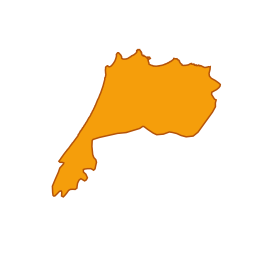 outline of Piriápolis, Maldonado, Uruguay, rotated 130°
{"feature_id": "84410073B95190776679231", "entity_name": "Piriápolis", "entity_type": "district", "adm_level": 2, "iso_a3": "URY", "parent_name": "Uruguay", "parent_adm1": "Maldonado", "projection": "mercator", "projection_center": [-55.248, -34.845], "detail": "fine", "context": "isolated", "style": "filled", "palette": "amber", "viewbox_px": 256, "rotation_deg": 130, "n_neighbors": 0, "source": "geoboundaries", "source_scale": "gbopen_adm2", "svg_char_len": 5266}
<svg xmlns="http://www.w3.org/2000/svg" viewBox="0 0 256 256"><g transform="rotate(130 128 128)"><path d="M28.2,104.4L28.6,104.6L29.1,105.5L29.5,105.9L30.3,106.3L30.7,106.7L31.2,107.1L31.5,107.2L32.0,107.9L32.4,108.3L32.6,108.6L32.6,108.9L32.9,109.9L32.9,110.2L33.1,110.5L33.2,111.4L33.4,111.8L33.4,112.1L33.9,112.6L33.9,112.9L33.9,113.0L34.1,113.0L34.3,113.1L34.5,113.2L34.6,113.4L34.6,113.6L34.4,114.3L34.5,114.4L34.6,114.5L34.8,114.7L35.2,114.7L35.7,115.0L36.0,115.4L36.2,115.7L36.1,115.9L36.2,116.1L35.9,116.4L36.1,116.6L36.5,116.5L36.9,116.9L37.2,117.5L37.1,117.9L36.8,117.9L36.6,118.3L36.7,118.7L37.0,118.8L37.2,119.0L37.5,119.5L38.0,119.8L38.1,120.1L38.1,120.6L37.9,120.8L38.1,120.9L38.2,121.2L39.3,121.8L39.7,121.9L40.5,122.2L41.0,122.5L41.3,122.8L41.7,123.0L42.4,123.7L42.9,124.0L43.3,124.6L44.2,125.4L44.8,126.3L44.9,126.5L45.1,126.8L45.1,127.1L44.7,127.4L44.6,128.0L44.8,129.1L44.1,131.3L43.7,131.5L43.4,132.8L43.7,133.7L43.5,134.5L43.5,135.1L44.0,135.4L44.2,135.9L44.5,136.1L44.6,136.3L45.0,137.0L45.1,137.7L44.8,138.1L45.7,137.4L46.2,137.3L49.2,137.9L49.7,138.0L49.9,138.2L49.9,138.4L50.2,138.5L50.9,138.6L52.1,138.9L52.8,139.3L52.7,139.4L53.3,139.6L54.0,139.9L54.2,140.0L54.8,140.3L55.4,140.5L55.6,140.7L55.5,140.8L56.4,141.2L56.9,141.5L57.7,142.0L58.1,142.3L58.9,142.9L59.4,143.4L59.5,143.5L60.5,144.1L61.3,144.9L61.2,144.9L61.9,145.5L62.4,146.0L62.8,146.4L63.0,146.7L63.0,146.8L63.7,147.7L64.0,148.0L63.9,148.1L64.4,148.9L64.6,149.4L64.5,149.5L65.0,150.4L65.6,152.8L64.9,153.7L64.7,153.8L64.6,154.1L64.3,154.6L63.2,156.2L61.3,156.1L61.2,156.1L62.4,156.3L62.3,156.7L62.2,156.7L62.2,157.4L62.3,157.4L62.2,158.4L61.7,158.6L61.4,158.4L60.9,157.8L60.4,157.3L60.1,157.0L60.1,156.9L60.4,156.0L60.5,155.8L60.6,155.7L60.4,155.6L60.2,156.1L60.0,156.7L59.9,157.0L60.0,157.2L60.9,158.3L61.0,158.5L61.3,158.7L61.4,158.8L62.0,159.2L62.1,159.3L62.1,160.5L62.2,161.0L62.4,161.3L62.6,161.6L62.7,161.8L62.8,162.1L62.7,162.5L62.3,162.6L62.4,162.9L62.6,163.1L63.0,163.1L63.1,163.3L62.9,163.6L62.9,163.9L63.0,164.1L63.0,164.3L63.0,164.5L62.7,164.7L62.5,165.0L62.4,165.2L62.2,165.4L62.2,165.5L61.9,165.6L61.8,165.9L61.6,166.0L61.4,166.5L61.3,166.9L61.2,167.0L61.4,167.2L61.4,167.3L61.2,167.5L61.1,167.9L60.8,168.2L60.8,168.5L60.8,169.1L60.5,169.5L60.8,169.7L61.0,169.9L61.0,170.1L61.2,170.3L61.4,170.3L61.4,170.5L61.5,170.8L62.0,170.9L62.5,170.8L62.7,170.6L62.8,170.6L63.0,170.9L63.1,171.1L63.3,171.0L63.7,170.6L64.0,170.4L64.1,170.1L65.2,170.0L65.5,170.1L66.5,170.2L66.8,170.3L67.0,170.3L68.1,170.5L68.4,170.7L69.2,170.9L69.5,171.2L69.8,171.3L70.5,171.6L70.8,171.7L71.1,171.7L71.3,171.6L71.7,171.8L71.8,171.8L72.1,171.9L72.4,172.1L72.9,172.3L74.5,172.7L74.9,172.9L75.5,173.3L76.2,173.7L77.0,174.5L77.5,175.0L77.7,175.3L78.1,175.7L78.3,176.1L78.6,176.8L78.6,177.2L78.6,177.6L78.3,178.0L77.9,178.3L77.6,178.6L77.0,179.9L77.0,180.4L76.7,180.7L76.8,181.1L76.6,181.5L76.7,182.3L76.5,182.6L76.6,182.8L76.4,183.6L77.0,184.3L77.9,184.3L79.1,184.2L79.7,183.6L80.0,183.4L80.3,183.1L80.6,182.9L81.1,182.7L82.1,182.2L83.6,181.6L85.2,181.1L86.5,180.9L88.2,180.7L89.6,180.7L91.0,180.7L91.9,181.0L92.7,181.3L93.2,181.7L93.5,182.4L93.4,183.4L93.7,183.9L94.3,183.9L95.0,184.2L95.7,184.2L96.3,183.9L96.8,183.4L98.1,182.6L98.7,182.0L100.5,180.3L100.8,179.9L101.2,179.4L101.8,179.0L102.8,178.5L103.7,177.9L104.4,178.0L104.9,177.7L105.7,177.0L107.6,176.1L112.1,174.0L118.6,171.5L121.0,170.8L123.2,170.0L124.6,169.6L125.5,169.5L129.2,168.3L131.9,167.4L132.2,167.5L133.0,167.1L135.2,166.6L137.1,166.0L137.6,166.1L139.9,165.4L140.8,165.4L141.7,165.0L143.2,164.7L144.7,164.5L145.1,164.6L145.9,164.4L148.1,164.0L149.8,163.6L150.8,163.6L152.5,163.3L152.8,163.1L153.6,163.2L154.3,163.2L154.7,163.0L156.6,162.7L157.1,162.9L157.3,162.8L157.6,162.7L157.8,162.7L158.4,162.6L158.7,162.5L159.2,162.4L159.4,162.4L159.6,162.5L160.1,162.4L160.4,162.3L160.7,162.4L161.0,162.5L161.4,162.3L161.6,162.3L161.9,162.3L162.9,162.0L164.3,161.8L164.9,161.9L165.2,161.8L165.5,161.5L166.2,161.3L174.4,160.8L174.7,160.8L175.0,160.9L175.4,160.9L175.7,160.9L175.9,160.9L176.1,160.8L176.9,160.6L177.7,160.8L178.0,160.7L181.7,160.4L182.4,160.4L183.1,160.5L183.9,160.4L184.3,160.5L185.6,160.3L186.0,160.4L190.2,160.2L191.7,160.0L192.1,160.1L193.0,159.9L194.2,159.9L195.1,159.7L197.9,159.6L198.0,158.0L196.7,156.5L196.0,154.8L197.1,154.3L202.5,154.5L206.6,152.9L214.2,150.7L221.2,148.5L225.8,144.3L227.8,142.1L227.8,141.0L226.9,140.3L224.0,140.0L220.7,139.8L219.2,138.9L219.6,137.6L222.8,135.2L222.4,133.3L220.5,133.1L217.6,133.1L214.0,133.4L212.1,132.7L210.4,130.9L209.0,129.0L206.9,128.5L205.3,129.6L202.6,131.2L199.4,132.0L197.1,131.5L196.4,127.2L194.6,126.6L192.2,127.1L190.5,130.6L190.4,133.8L188.5,135.5L187.3,134.8L185.2,132.9L182.9,130.2L182.4,127.2L180.5,127.0L177.1,128.8L174.5,130.1L173.0,132.2L172.6,135.2L171.0,138.0L165.3,143.8L160.6,147.4L159.2,147.4L153.7,143.9L138.9,132.6L132.7,126.5L126.1,122.2L120.9,118.8L117.4,117.8L116.6,116.7L116.4,112.1L115.7,105.5L114.7,101.7L109.9,96.9L104.5,93.8L103.0,91.4L100.9,87.1L99.6,82.5L97.4,77.8L92.3,72.9L86.3,71.7L61.6,73.5L55.5,74.7L52.6,77.2L49.8,78.5L50.3,80.3L48.6,85.5L46.8,86.8L44.6,86.0L41.6,84.8L38.7,84.3L36.8,84.4L35.3,85.3L35.2,87.5L35.5,91.6L36.4,96.1L35.9,99.0L34.1,101.0L30.4,102.8L28.2,104.4Z" fill="#f59e0b" stroke="#b45309" stroke-width="1.5"/></g></svg>